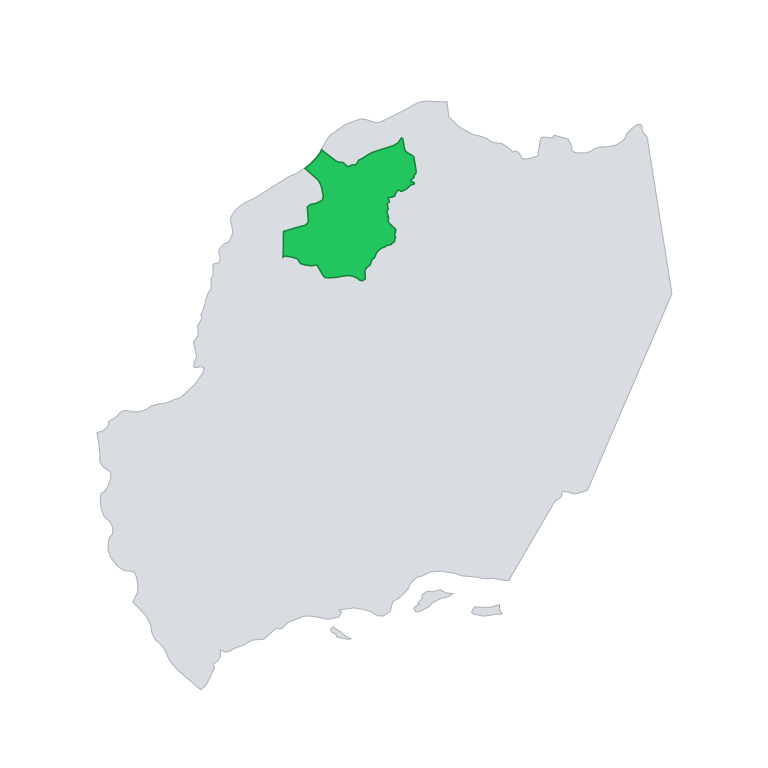 location of Katavi within United Republic of Tanzania, rotated 81°
{"feature_id": "TZA-5584", "entity_name": "Katavi", "entity_type": "Region", "adm_level": 1, "iso_a3": "TZA", "parent_name": "United Republic of Tanzania", "parent_adm1": "", "projection": "robinson", "projection_center": [31.46, -6.489], "detail": "fine", "context": "in_parent", "style": "filled", "palette": "green", "viewbox_px": 768, "rotation_deg": 81, "n_neighbors": 0, "source": "natural_earth", "source_scale": "10m", "svg_char_len": 6213}
<svg xmlns="http://www.w3.org/2000/svg" viewBox="0 0 768 768"><g transform="rotate(81 384 384)"><path d="M287.6,554.2L279.6,549.4L272.3,546.5L266.3,543.3L263.7,540.2L258.1,539.0L253.3,538.4L248.8,535.5L239.6,534.4L238.6,532.5L238.5,528.2L236.9,527.1L233.5,526.0L229.9,526.0L227.7,526.7L226.4,526.4L223.5,523.8L220.7,520.6L219.6,515.5L215.4,512.1L210.6,509.5L197.1,509.8L195.0,509.0L191.8,506.4L188.1,502.1L185.1,497.2L182.4,490.5L179.7,481.5L164.2,445.6L162.7,438.8L159.6,431.3L154.7,422.0L149.5,415.2L142.4,409.0L134.3,402.8L130.0,398.6L121.7,381.7L119.9,373.8L118.6,365.6L119.2,362.2L124.3,351.7L124.9,348.7L124.2,344.7L121.7,336.3L118.4,326.1L111.8,307.5L110.9,302.8L111.0,299.3L114.8,280.4L114.8,277.7L130.3,278.1L141.5,269.8L151.4,257.4L153.3,252.3L157.3,244.3L161.3,240.4L162.8,237.7L165.0,229.7L170.2,224.4L175.2,220.3L174.2,217.3L174.9,216.3L177.7,214.2L183.0,212.2L184.0,208.1L184.0,203.4L183.2,200.8L183.3,197.8L182.5,196.1L179.0,195.6L173.8,193.3L169.5,192.3L166.5,191.0L165.4,189.9L165.0,187.1L167.4,179.9L165.0,176.9L170.4,164.9L171.3,163.5L173.3,163.3L176.4,162.0L179.3,161.4L181.6,161.9L183.4,161.4L184.9,160.0L186.2,156.0L187.2,149.2L186.7,143.6L184.4,139.3L183.8,132.8L184.8,124.1L184.1,116.8L181.6,111.0L179.1,107.5L175.2,105.9L169.1,97.0L167.2,92.7L167.6,90.0L169.7,88.9L173.6,89.3L177.2,88.3L180.6,85.8L183.9,85.1L185.7,85.5L340.0,85.5L520.3,199.4L521.0,200.8L522.4,210.6L522.1,214.0L519.3,219.6L518.5,222.6L518.5,224.6L519.1,225.4L521.5,225.7L523.5,227.1L524.3,228.1L525.8,232.4L527.7,234.5L596.2,290.4L597.7,291.3L596.7,296.0L592.8,307.3L592.6,312.1L591.1,317.6L589.6,321.3L585.6,337.3L582.3,343.3L577.7,357.4L576.9,368.1L579.4,375.6L580.3,382.6L585.5,389.5L589.7,392.0L592.6,395.2L597.6,402.4L600.5,409.6L609.5,413.2L613.1,421.3L611.8,426.8L607.5,431.5L603.6,439.0L600.4,448.8L600.2,463.8L602.4,461.6L607.1,465.2L607.7,476.3L602.7,489.2L601.2,495.3L600.9,500.4L604.4,515.9L609.8,523.7L609.4,526.2L608.0,528.3L617.2,542.2L616.4,554.3L619.9,563.7L621.4,571.8L623.6,578.1L624.0,582.4L621.1,587.2L627.9,588.4L631.9,592.3L633.7,596.1L638.7,595.9L641.3,598.5L645.1,600.6L653.5,606.9L655.8,610.1L657.1,613.1L633.7,633.0L625.2,638.1L619.2,640.4L612.8,641.7L606.7,644.9L600.9,649.8L593.5,652.2L584.5,652.3L575.1,655.7L560.2,666.0L551.5,660.3L544.8,658.5L537.0,658.7L532.2,659.4L530.5,660.6L529.0,664.1L527.7,669.8L522.6,675.3L513.6,680.6L505.3,682.6L497.7,681.2L492.6,679.0L490.0,676.0L486.1,674.6L480.9,674.8L475.9,677.0L471.1,681.1L463.5,682.9L453.1,682.3L447.5,680.3L446.7,676.9L442.2,672.9L433.8,668.3L427.7,668.2L423.7,672.6L420.1,675.4L416.8,676.5L413.9,676.7L409.7,675.5L398.1,675.0L387.2,675.2L386.1,668.8L383.9,664.9L381.9,662.6L378.2,662.0L377.1,660.2L375.9,656.2L374.0,652.8L371.6,650.0L370.1,647.4L369.6,645.0L370.0,642.4L372.3,635.9L373.0,631.4L372.8,626.8L371.6,622.1L369.0,616.5L369.3,614.9L368.4,611.0L368.3,608.4L368.9,605.0L368.4,600.6L366.2,591.3L366.2,588.9L363.8,584.3L356.6,573.6L356.2,572.2L344.9,561.4L340.3,559.1L338.7,561.1L338.0,563.0L338.5,566.4L338.2,568.1L337.8,568.9L335.1,568.8L333.4,568.4L329.0,565.5L325.7,564.8L317.3,565.3L314.4,566.0L312.1,565.3L307.7,560.4L302.5,559.3L297.9,559.1L290.2,553.5L287.6,554.2ZM610.9,373.9L614.6,385.8L614.1,388.0L611.5,389.4L610.1,389.5L608.4,387.6L607.3,383.6L605.3,384.5L601.8,379.7L598.4,379.5L595.5,373.8L596.7,368.8L596.0,360.3L599.7,356.0L601.8,348.7L604.2,353.7L604.7,361.5L607.8,370.6L610.9,373.9ZM629.3,303.2L629.6,306.0L628.9,308.6L629.0,317.1L628.7,322.7L625.8,330.4L623.5,333.2L621.5,332.4L619.8,331.1L618.5,329.0L621.2,314.8L619.9,304.4L625.2,305.4L629.3,303.2ZM621.0,474.4L618.3,475.2L617.3,474.4L615.7,472.1L618.5,470.1L621.3,466.3L627.7,460.6L630.7,456.1L630.2,460.5L626.6,470.1L623.5,470.8L621.0,474.4Z" fill="#d9dde1" stroke="#a8b0b8" stroke-width="1"/><path d="M158.7,428.3L155.8,423.1L148.7,413.8L144.9,410.2L142.7,408.9L144.5,407.6L156.2,396.6L157.4,394.6L158.9,389.7L163.5,386.1L163.4,383.6L162.5,381.3L163.0,377.9L161.4,375.8L159.1,374.3L157.6,369.5L154.7,363.2L153.3,358.7L150.0,337.4L148.1,332.6L143.7,328.3L144.5,327.1L155.0,326.9L157.5,326.3L159.4,324.4L162.6,320.4L164.3,319.0L177.8,318.9L180.1,319.1L181.6,320.2L182.3,321.4L182.6,321.8L182.9,321.8L183.7,321.7L184.0,321.8L185.2,322.7L186.7,325.1L187.7,326.0L188.5,325.2L189.5,323.0L190.4,322.5L191.2,322.9L191.5,323.9L191.7,326.3L192.0,327.0L192.3,327.4L192.7,327.8L193.1,328.2L193.7,329.6L193.9,330.0L194.7,331.0L195.2,331.7L196.4,336.2L196.3,337.6L194.9,338.5L194.8,339.1L195.0,339.8L195.3,340.7L195.5,340.9L195.7,341.0L199.0,343.8L199.3,343.9L199.9,343.9L200.2,344.0L200.3,344.3L200.3,344.7L200.2,345.1L200.4,345.6L200.6,346.1L200.8,347.0L200.5,348.3L200.5,348.6L200.8,349.1L200.8,349.5L200.6,350.3L200.7,350.6L201.3,350.8L202.3,350.6L203.2,350.2L204.2,350.0L205.2,350.4L206.2,352.3L206.9,353.1L207.7,352.9L208.7,352.5L210.7,352.7L211.6,352.3L213.4,353.6L214.4,354.1L215.5,354.3L216.5,354.1L217.4,353.7L218.3,353.6L219.0,354.3L219.5,353.4L220.1,353.3L223.7,354.5L224.2,354.4L224.8,354.1L226.6,353.2L227.3,353.1L227.3,352.9L227.6,352.5L228.1,351.9L228.5,351.7L229.5,351.2L230.5,350.3L231.5,349.3L232.6,348.5L234.0,348.1L234.3,348.2L234.6,348.5L235.0,349.1L235.3,349.2L235.5,349.1L235.9,348.9L237.0,349.6L239.3,350.1L240.2,350.1L240.9,349.7L240.9,350.0L243.8,351.0L244.8,351.2L245.1,351.4L245.3,351.9L245.5,352.6L245.6,353.1L246.0,353.6L247.0,354.6L247.3,355.0L247.5,356.1L247.5,358.9L247.8,359.8L248.4,360.8L249.3,364.5L250.1,366.6L251.3,368.5L252.5,370.0L253.7,371.1L256.2,372.6L256.9,373.2L257.2,373.4L257.8,373.5L258.1,373.7L258.2,374.0L258.1,374.6L258.1,374.9L258.6,375.8L258.9,376.1L259.4,376.4L261.1,377.3L262.1,378.1L263.2,378.3L263.6,378.5L264.4,379.3L266.2,382.5L267.7,384.3L269.7,385.2L276.8,385.9L277.7,386.4L277.9,387.6L278.3,388.3L278.7,389.1L278.4,390.2L277.9,391.2L277.0,392.6L275.6,393.5L272.7,397.7L271.2,402.8L271.0,408.6L271.3,414.4L270.8,420.1L269.6,425.7L267.1,427.3L255.9,431.6L255.9,437.5L253.9,443.6L252.1,447.6L247.1,449.7L245.4,452.7L243.5,457.2L242.1,462.0L243.0,463.9L232.0,461.8L224.0,460.6L217.6,459.4L216.5,451.5L215.4,443.0L214.9,436.9L212.2,433.3L204.2,432.7L197.2,432.1L195.1,428.4L195.1,423.6L193.0,416.3L188.7,414.5L178.0,415.1L172.6,416.9L158.7,428.3Z" fill="#22c55e" stroke="#15803d" stroke-width="1.5"/></g></svg>